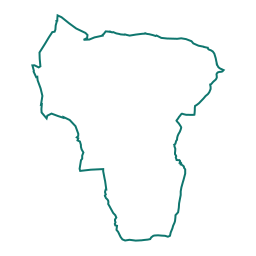 outline of Arusha Urban, Arusha, United Republic of Tanzania
{"feature_id": "72390352B90906351205470", "entity_name": "Arusha Urban", "entity_type": "district", "adm_level": 2, "iso_a3": "TZA", "parent_name": "United Republic of Tanzania", "parent_adm1": "Arusha", "projection": "mercator", "projection_center": [36.69, -3.448], "detail": "fine", "context": "isolated", "style": "outline", "palette": "teal", "viewbox_px": 256, "rotation_deg": 0, "n_neighbors": 0, "source": "geoboundaries", "source_scale": "gbopen_adm2", "svg_char_len": 3555}
<svg xmlns="http://www.w3.org/2000/svg" viewBox="0 0 256 256"><path d="M223.6,70.1L222.3,69.5L221.5,69.1L220.9,68.9L220.4,68.6L219.4,68.1L219.0,67.6L218.3,67.1L217.9,66.2L217.5,65.6L217.1,65.1L216.9,64.7L216.8,64.2L217.0,64.2L216.8,63.5L216.2,60.8L215.7,58.2L214.3,53.6L212.8,51.5L210.9,50.3L209.2,49.7L208.7,49.4L208.2,49.0L208.0,48.5L207.8,47.8L207.6,47.8L207.3,47.7L203.7,46.9L203.6,46.7L198.5,45.7L193.3,43.4L191.5,41.2L186.0,39.1L181.2,38.3L177.3,38.8L167.0,38.5L161.3,37.9L156.5,35.5L155.7,36.0L152.9,35.1L148.8,34.1L148.5,34.1L146.9,33.9L146.4,33.7L145.6,33.4L145.6,33.6L142.1,33.8L139.7,34.1L135.7,34.6L129.6,35.6L126.6,34.9L124.9,34.4L124.6,34.7L120.7,34.4L118.9,33.9L116.3,33.4L113.2,32.1L112.1,32.4L110.2,31.6L110.1,31.9L108.4,31.6L105.7,31.4L103.6,34.2L102.7,34.7L102.8,35.6L94.5,37.4L89.4,39.5L83.6,39.8L87.1,38.0L87.5,35.0L85.4,32.9L76.2,28.5L69.1,23.3L61.5,17.2L57.6,15.4L57.3,18.9L57.3,20.7L56.4,21.0L56.7,21.8L55.7,25.4L55.4,29.6L54.6,31.7L52.3,32.1L48.9,37.3L45.0,43.8L39.5,52.5L39.7,58.8L40.4,66.3L38.7,67.4L34.5,65.3L32.4,65.4L33.9,70.9L33.6,71.6L36.2,77.2L37.3,76.8L37.6,80.2L40.6,88.4L42.4,95.9L41.0,104.6L41.8,104.3L41.4,109.2L41.6,112.5L46.6,118.4L47.3,115.7L51.5,113.6L58.2,116.1L63.4,117.8L63.4,117.0L69.7,120.0L75.5,126.2L78.1,133.3L78.3,133.9L78.2,136.0L76.8,137.4L78.3,138.3L77.5,140.4L79.9,141.5L80.9,144.9L80.9,146.7L81.6,149.4L83.4,152.5L82.2,155.6L82.2,158.7L81.0,160.2L79.6,168.8L80.2,170.9L90.8,169.7L100.9,169.2L103.2,169.1L103.2,171.3L104.6,178.7L105.1,181.0L106.3,189.5L105.7,189.5L105.1,191.5L105.1,192.6L105.8,194.5L104.9,195.5L105.0,195.7L105.0,196.2L105.4,196.7L105.8,197.9L107.4,199.5L108.1,200.5L108.4,202.1L108.2,204.0L109.6,206.4L110.5,208.1L113.2,213.0L115.3,215.2L116.3,217.5L115.0,219.5L115.0,220.9L115.5,222.3L114.8,223.9L115.3,225.4L117.0,225.8L116.7,228.0L116.5,229.9L118.1,231.8L120.6,237.0L122.4,239.4L125.1,240.5L129.5,239.8L135.7,240.6L141.5,240.3L144.8,239.9L147.7,239.6L150.2,239.1L151.2,237.4L153.3,235.8L154.6,235.5L158.1,235.3L161.4,235.6L165.0,235.8L167.9,236.7L169.8,235.9L170.0,235.7L170.7,232.5L172.4,228.4L173.1,225.8L174.5,222.7L175.0,221.1L175.4,217.6L175.5,215.2L178.1,212.3L178.8,207.8L179.1,203.3L180.0,198.6L180.7,195.0L180.7,191.4L181.4,187.4L182.4,183.8L183.2,180.9L183.3,180.8L185.2,173.6L185.2,169.4L184.1,167.9L183.8,166.4L182.3,165.1L182.0,165.0L181.5,164.5L181.0,164.3L180.6,164.4L180.5,164.1L180.7,163.8L181.0,163.5L181.2,163.4L181.2,163.2L181.0,162.9L180.7,162.9L180.4,162.9L180.1,162.8L179.7,162.8L179.9,162.1L180.1,161.5L179.9,160.9L179.9,160.7L179.2,160.1L178.6,160.2L176.6,160.0L176.4,159.3L176.2,158.7L176.0,158.1L175.8,157.6L175.9,157.1L176.0,156.7L176.2,156.2L175.9,155.5L175.5,154.9L175.0,154.1L175.0,152.7L175.1,151.8L175.2,150.8L175.3,148.7L174.8,147.4L174.4,146.1L174.5,144.9L174.3,144.7L175.0,144.1L175.4,143.7L175.7,142.7L175.9,141.8L176.2,140.9L176.5,140.4L177.0,139.8L177.2,137.6L177.7,135.8L178.5,134.0L179.8,131.8L180.7,129.5L181.1,128.1L181.2,127.3L180.5,126.0L178.8,123.4L177.5,122.0L176.6,120.9L176.5,120.5L177.3,119.5L178.2,118.3L178.9,117.1L180.0,115.8L181.2,114.2L182.0,113.7L183.6,114.2L186.2,114.8L188.1,114.8L191.7,114.9L194.1,114.8L194.4,114.7L194.6,112.9L194.8,110.1L194.8,107.8L195.1,105.9L196.5,105.1L198.9,103.3L201.2,100.9L203.5,98.5L205.6,96.0L207.9,94.1L209.3,92.2L210.6,89.0L210.6,86.7L210.3,85.6L210.2,84.5L211.0,84.3L212.0,83.2L213.0,82.0L214.2,80.9L215.5,79.8L216.2,78.9L216.8,77.5L216.7,75.7L216.5,74.4L216.8,73.5L217.8,72.4L219.4,71.9L221.1,71.8L221.8,71.6L222.4,71.4L223.6,70.1Z" fill="none" stroke="#0f766e" stroke-width="2"/></svg>